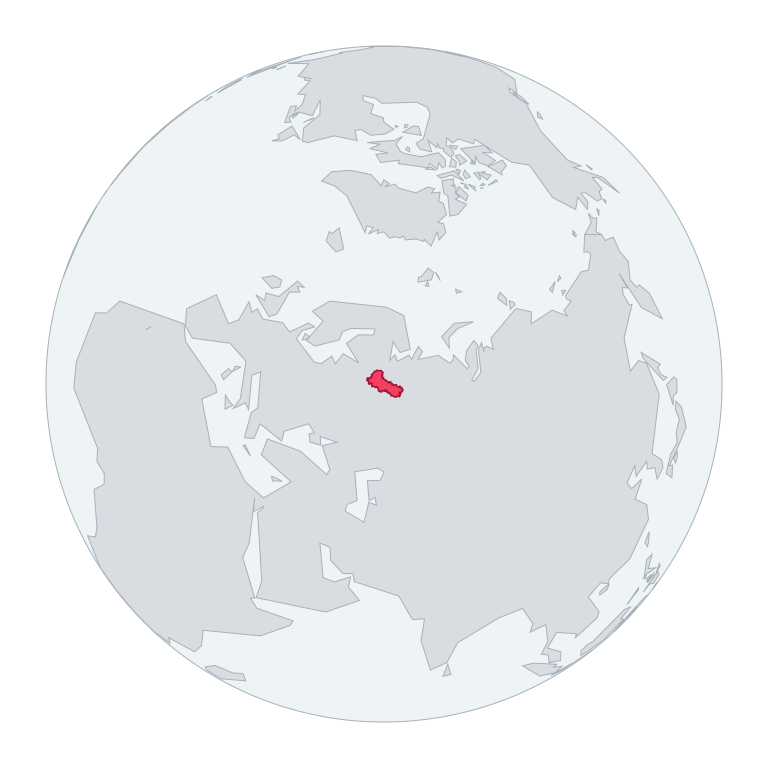 the Earth from above Vologda, rotated 35°
{"feature_id": "RUS-2359", "entity_name": "Vologda", "entity_type": "Region", "adm_level": 1, "iso_a3": "RUS", "parent_name": "Russia", "parent_adm1": "", "projection": "orthographic", "projection_center": [40.382, 60.042], "detail": "fine", "context": "on_globe", "style": "filled", "palette": "rose", "viewbox_px": 768, "rotation_deg": 35, "n_neighbors": 0, "source": "natural_earth", "source_scale": "10m", "svg_char_len": 16062}
<svg xmlns="http://www.w3.org/2000/svg" viewBox="0 0 768 768"><g transform="rotate(35 384 384)"><circle cx="384" cy="384" r="338" fill="#eef3f6" stroke="#a8b0b8"/><path d="M231.7,82.4L263.3,69.3L242.9,77.0L259.2,70.0L259.7,69.8L256.4,71.1L276.4,65.0L293.5,60.3L316.4,59.4L326.0,69.6L316.6,69.8L320.0,72.7L331.9,72.9L339.0,72.4L366.8,86.8L405.5,95.3L420.3,92.4L415.0,97.9L445.0,89.1L467.6,92.6L440.3,92.3L436.2,95.3L450.8,99.1L449.8,103.0L456.2,107.3L453.7,111.8L437.9,111.9L436.0,115.0L446.4,117.6L450.4,124.2L435.4,119.8L440.9,131.1L415.5,134.6L377.4,121.3L361.5,129.1L317.6,131.5L319.8,135.9L304.6,140.4L301.5,147.4L294.2,146.3L298.1,152.9L305.3,152.6L309.4,155.5L308.3,159.8L298.8,159.0L298.0,156.7L294.6,158.8L290.3,156.6L291.8,160.1L280.4,159.0L289.9,166.5L279.3,171.0L272.3,168.6L275.5,160.5L267.0,136.5L260.9,132.5L249.0,134.5L221.4,155.2L213.6,154.7L201.2,159.9L204.3,163.8L215.1,161.1L217.9,170.1L230.8,166.4L233.8,169.7L246.0,169.7L241.4,178.8L230.3,187.9L219.9,188.6L214.7,192.8L222.4,200.0L200.9,209.3L183.1,230.0L177.8,231.8L171.4,220.4L177.0,200.2L168.8,187.6L171.3,205.3L158.1,210.2L154.7,215.3L153.8,220.8L157.7,222.8L152.6,226.8L148.3,210.2L152.8,206.3L154.2,211.4L156.7,202.2L153.7,192.0L147.2,195.8L149.5,178.0L144.9,180.6L142.8,178.6L150.0,175.3L137.1,181.1L138.8,164.7L121.3,176.6L141.5,157.6L150.6,147.4L160.1,136.6L157.3,138.2L173.7,123.0L182.3,114.0L177.0,116.9L203.5,98.3L231.7,82.4ZM144.8,145.3L144.7,145.4L134.4,156.5L133.5,157.2L144.8,145.3ZM78.7,239.2L78.3,239.9L78.1,240.4L78.7,239.2ZM74.2,248.9L74.2,249.0L69.1,261.4L59.5,291.5L59.4,291.1L50.8,328.3L47.1,363.0L46.2,377.1L46.1,377.7L47.7,351.2L51.3,324.9L56.9,299.0L64.6,273.6L74.2,248.9ZM46.1,384.3L46.1,389.8L46.1,390.9L46.1,384.3ZM46.6,402.4L51.3,441.4L58.2,472.5L60.1,480.4L53.6,454.8L49.1,428.7L46.6,402.4ZM117.6,179.1L95.7,211.4L103.7,196.8L103.0,198.6L109.5,189.5L120.0,175.1L128.3,163.9L117.6,179.1ZM117.7,184.8L121.1,179.8L118.4,184.2L117.7,184.8ZM342.3,71.7L332.3,72.6L321.9,71.3L330.3,69.9L342.3,71.7ZM361.9,76.1L356.9,77.3L353.6,73.1L357.5,73.7L361.9,76.1ZM431.2,89.7L423.3,88.4L431.3,88.4L431.2,89.7ZM457.6,107.1L460.1,106.3L462.4,108.9L457.6,107.1ZM247.7,164.8L246.8,167.2L245.0,165.9L247.7,164.8ZM253.8,162.6L252.3,159.4L255.0,157.9L255.9,159.9L253.8,162.6ZM460.6,118.4L463.4,123.1L457.8,118.3L460.6,118.4ZM255.1,166.9L260.0,155.8L264.7,153.3L272.0,159.0L255.1,166.9ZM463.2,125.8L470.2,137.7L476.6,136.8L462.6,146.4L461.3,132.9L453.4,126.9L460.3,128.4L463.2,125.8ZM308.1,150.7L300.3,151.2L307.9,146.9L308.1,150.7ZM311.9,147.3L329.2,130.9L340.1,132.6L332.1,137.6L347.1,137.0L343.9,145.8L334.9,148.1L328.5,145.2L332.2,150.9L311.9,147.3ZM453.7,150.2L453.1,153.2L450.7,150.1L453.7,150.2ZM311.6,156.3L314.1,152.7L323.8,153.9L320.5,161.4L318.4,158.6L311.6,156.3ZM352.6,132.7L359.1,135.1L358.3,142.8L360.8,144.9L344.7,146.2L352.6,132.7ZM315.7,160.5L318.5,165.2L313.0,168.6L309.8,160.0L315.7,160.5ZM327.7,151.1L332.1,152.1L328.5,153.9L327.7,151.1ZM294.8,184.0L297.6,179.3L302.9,179.4L294.8,184.0ZM320.0,166.8L321.9,165.6L324.3,165.2L325.0,169.0L320.0,166.8ZM345.3,151.7L343.6,154.6L351.8,151.6L351.6,157.5L340.9,157.4L345.4,160.0L345.4,161.8L336.7,159.7L345.3,151.7ZM332.9,171.8L319.3,174.2L312.9,182.7L308.0,182.7L319.2,169.1L332.9,171.8ZM335.9,164.8L333.0,169.1L328.4,166.8L327.6,162.5L335.9,164.8ZM355.3,161.7L358.4,152.6L360.6,152.9L355.3,161.7ZM332.0,174.7L335.3,174.1L332.0,175.5L332.0,174.7ZM349.1,166.1L349.9,162.7L352.4,163.2L349.1,166.1ZM341.2,175.8L336.8,176.5L336.1,173.5L341.2,175.8ZM345.6,171.7L348.8,173.2L338.5,172.0L345.5,170.1L345.6,171.7ZM351.4,167.1L353.1,166.3L350.7,168.5L351.4,167.1ZM346.3,187.0L333.5,186.2L332.1,179.4L344.7,181.1L346.3,187.0ZM258.2,697.6L256.0,696.7L228.3,678.3L235.3,674.9L231.5,666.7L207.0,636.6L212.3,626.6L206.1,617.7L193.2,612.1L186.3,600.8L178.6,595.9L132.2,565.2L119.3,542.4L106.8,491.1L116.1,485.0L120.0,467.6L185.7,449.5L197.2,463.1L246.2,481.4L251.8,486.9L243.4,500.8L278.0,534.5L292.3,525.3L326.3,543.7L350.7,546.5L364.0,517.5L324.2,512.3L320.0,495.9L354.0,487.0L389.2,491.2L388.6,485.0L368.6,469.9L379.0,458.7L361.9,463.5L367.2,470.5L356.7,474.0L351.2,467.9L355.1,464.0L345.1,459.8L329.3,480.1L332.9,489.5L305.4,487.7L308.7,503.3L300.4,508.1L291.7,483.6L294.3,475.9L276.0,444.8L270.8,452.6L287.7,482.7L281.4,478.9L274.5,490.5L274.8,478.6L257.8,444.5L234.5,438.9L200.8,456.3L188.0,450.3L179.1,435.5L195.4,407.1L222.1,423.8L228.3,414.7L226.3,394.0L234.6,401.1L237.1,395.0L247.5,400.3L265.6,391.9L276.8,395.5L287.2,377.4L294.3,377.0L286.1,387.6L286.4,397.3L314.4,406.1L320.8,403.4L325.3,391.1L332.5,395.4L333.3,382.5L351.0,381.3L330.0,372.2L334.8,358.4L347.2,350.0L345.0,344.0L324.7,357.8L320.0,364.9L322.0,373.5L305.8,392.5L295.5,392.9L298.1,367.4L283.7,365.4L292.0,347.2L341.8,319.8L360.9,316.6L385.5,340.4L379.2,348.9L367.2,344.3L375.2,361.3L376.1,353.8L382.0,357.6L388.0,346.1L392.5,348.3L390.6,333.7L396.8,335.2L397.9,344.4L412.1,329.4L425.9,329.3L426.9,324.9L424.1,320.3L443.4,323.8L443.4,320.4L437.0,317.9L432.7,309.7L432.6,296.9L439.3,298.8L440.2,303.7L452.2,317.2L453.7,330.4L456.4,329.9L456.8,318.9L442.1,302.4L440.2,294.2L448.1,300.8L445.1,297.8L446.2,294.3L453.6,292.8L445.3,285.1L448.7,246.5L463.3,240.4L470.0,250.2L479.4,227.1L495.2,223.1L489.3,220.7L489.8,208.7L484.9,209.7L482.1,207.6L481.2,178.6L486.2,173.7L479.2,159.6L476.1,158.4L472.0,161.2L462.6,146.4L476.6,136.8L482.8,139.7L487.4,132.1L500.8,140.2L514.0,143.7L526.0,157.7L535.4,159.7L536.1,156.5L549.4,157.4L574.4,170.9L551.1,173.7L513.0,158.6L528.3,165.7L523.9,168.4L528.8,173.7L539.7,178.6L541.5,176.5L554.2,208.5L578.5,232.3L579.0,218.8L587.1,216.4L615.2,234.4L643.5,287.3L654.6,286.7L660.5,292.4L662.2,305.1L653.7,297.1L648.6,302.6L643.5,296.5L643.5,315.0L636.3,307.0L639.8,325.8L646.9,327.6L649.6,313.8L655.8,334.2L668.4,332.1L678.3,343.2L685.6,386.2L680.4,413.9L681.9,419.0L675.4,422.8L673.4,441.2L690.8,447.1L692.6,453.5L686.3,482.1L684.9,478.2L667.9,488.5L669.4,506.4L682.6,502.0L687.2,509.2L679.2,517.6L673.9,511.8L667.8,515.0L666.0,501.0L654.5,488.3L646.1,503.5L643.5,494.9L626.3,488.5L612.4,509.4L592.7,553.7L595.3,576.0L586.1,591.7L561.6,573.1L551.9,553.2L542.3,560.6L517.7,549.2L473.1,562.9L467.4,557.3L458.9,562.7L441.7,559.1L433.4,548.8L422.7,551.1L445.1,577.4L456.7,574.7L467.3,561.1L471.3,570.7L488.0,575.4L467.0,604.3L401.8,632.3L396.8,615.4L354.1,561.7L356.1,555.3L356.0,554.6L355.6,553.2L350.3,563.4L343.4,551.5L364.8,591.7L367.8,607.2L400.9,633.4L397.5,636.1L408.5,640.6L445.5,630.2L445.5,635.6L427.2,661.2L377.1,689.5L384.6,703.1L382.3,712.1L353.0,715.3L357.5,719.2L342.6,718.6L343.0,719.3L337.9,718.8L310.8,713.9L284.1,706.8L258.2,697.6ZM160.4,470.7L158.0,475.6L157.9,475.6L160.4,470.7ZM425.0,510.4L447.0,508.7L439.4,489.7L447.3,487.6L441.8,482.1L438.8,488.3L425.8,472.6L436.1,465.2L434.6,456.2L427.2,456.4L410.4,472.7L428.8,495.0L422.8,503.9L425.0,510.4ZM59.4,292.4L57.8,297.8L59.0,292.9L59.4,292.4ZM102.6,197.6L99.0,203.4L96.4,207.5L98.7,203.5L102.6,197.6ZM78.4,247.0L75.4,254.7L77.5,247.9L78.4,247.0ZM92.8,216.4L80.7,241.2L84.9,229.4L92.9,214.2L88.7,222.9L92.8,216.4ZM114.7,185.6L112.0,189.5L111.2,189.6L114.7,185.6ZM115.7,188.1L116.4,186.8L118.7,184.2L115.7,188.1ZM158.4,211.2L158.6,212.6L156.6,218.4L155.4,216.0L158.4,211.2ZM160.8,243.5L152.5,249.2L157.5,243.2L154.2,240.7L160.8,225.4L175.5,231.9L167.7,231.5L160.8,243.5ZM173.6,207.5L167.8,216.0L173.5,206.5L173.6,207.5ZM240.5,357.6L242.9,364.4L237.2,370.0L223.2,366.8L231.3,358.5L240.5,357.6ZM247.7,372.7L254.2,349.2L263.2,350.7L257.0,353.7L262.3,357.1L253.8,363.0L256.1,388.0L251.2,394.8L227.9,384.4L238.2,383.8L235.2,377.1L247.7,372.7ZM254.9,290.9L257.8,282.0L273.6,296.6L269.0,303.3L254.7,300.2L251.7,290.4L254.9,290.9ZM267.1,179.6L267.2,176.2L269.8,176.3L271.9,179.3L267.1,179.6ZM295.7,181.8L269.4,195.2L268.2,191.8L254.2,204.5L245.6,200.5L254.9,192.3L237.8,199.1L242.8,190.1L231.6,195.9L253.2,178.1L257.0,170.8L256.1,180.4L263.9,184.1L268.4,183.5L284.1,176.6L296.0,163.2L305.7,165.2L309.4,170.2L307.9,173.7L302.1,171.2L304.4,177.7L294.9,176.8L295.7,181.8ZM346.5,234.5L340.3,228.9L343.4,244.1L333.9,242.4L334.8,244.3L326.9,247.0L318.9,253.7L315.0,251.6L313.5,255.1L308.2,257.2L305.0,261.5L296.8,259.3L292.1,264.5L290.9,260.5L285.1,270.1L285.8,262.1L279.0,264.3L281.9,270.9L245.7,251.2L230.0,250.0L216.5,253.6L219.5,240.0L234.0,228.2L253.4,219.8L268.1,223.3L266.7,216.8L273.4,216.7L271.6,221.9L278.3,213.9L283.3,215.2L300.5,209.2L307.0,197.4L313.5,195.1L313.4,200.5L319.9,194.6L324.2,203.2L329.0,201.9L338.0,209.4L335.2,220.8L340.7,218.5L347.8,224.4L346.5,234.5ZM348.6,189.3L347.4,202.8L341.6,208.7L328.4,193.3L323.5,193.3L314.8,184.2L323.3,176.0L325.0,179.3L328.7,180.7L324.5,182.7L330.6,182.1L333.1,186.7L338.5,187.6L336.6,191.7L348.6,189.3ZM260.0,483.5L264.7,486.1L272.4,488.2L268.2,495.8L260.0,483.5ZM247.9,460.5L252.4,461.3L250.2,472.5L245.4,470.0L247.9,460.5ZM256.8,452.4L252.8,460.5L252.1,454.6L256.8,452.4ZM290.5,387.8L295.5,388.0L295.3,391.2L291.7,394.7L290.5,387.8ZM353.5,281.1L350.9,276.5L352.9,275.1L353.7,263.6L360.8,264.2L363.1,271.5L353.5,281.1ZM356.2,522.2L348.2,527.3L344.9,524.1L348.3,523.0L356.2,522.2ZM305.2,513.3L316.0,519.7L304.0,515.3L305.2,513.3ZM361.4,279.9L361.0,274.9L364.8,278.3L361.4,279.9ZM366.1,264.2L370.9,267.1L361.8,263.0L366.1,264.2ZM441.1,706.4L419.8,718.8L403.5,720.1L399.7,718.4L407.0,711.5L425.7,707.5L434.6,702.2L441.1,706.4ZM707.3,482.4L694.2,516.0L688.0,527.1L690.3,521.3L700.3,500.7L707.3,482.2L707.3,482.4ZM689.7,522.3L679.2,533.9L659.2,535.4L666.5,526.9L686.3,514.5L685.2,518.8L691.6,513.2L689.7,522.3ZM712.0,458.3L710.7,467.6L704.2,486.1L700.8,493.4L698.5,489.7L699.9,481.6L702.9,474.8L710.5,430.3L714.0,424.7L712.6,440.6L715.2,439.1L712.0,458.3ZM597.0,577.0L605.4,583.6L599.9,589.6L597.0,577.0ZM710.4,406.5L709.5,425.6L709.3,404.9L710.4,406.5ZM708.4,390.3L710.1,393.7L707.6,394.4L708.4,390.3ZM684.7,425.0L681.7,433.2L680.1,430.4L683.0,418.3L684.7,425.0ZM685.9,352.8L691.5,361.8L693.0,366.3L688.8,364.4L685.9,352.8ZM421.5,281.7L412.4,296.8L410.6,308.8L416.9,317.1L404.0,312.2L406.9,293.7L421.5,281.7ZM444.6,250.5L439.0,243.8L443.9,242.7L445.9,244.1L444.6,250.5ZM439.5,249.3L427.9,248.7L426.4,242.4L435.8,244.1L439.5,249.3ZM394.6,263.9L391.4,268.2L388.3,265.3L394.6,263.9ZM717.3,439.8L717.0,439.6L715.3,450.6L714.2,455.5L714.6,451.1L716.2,437.2L717.2,428.4L720.5,406.0L716.6,435.1L717.2,436.2L719.4,421.7L717.7,434.7L718.1,434.5L717.3,439.8ZM721.6,398.3L721.4,396.3L721.4,390.1L721.7,389.3L721.6,398.3ZM719.0,392.9L716.4,395.2L715.6,405.6L715.8,380.4L718.5,382.4L719.0,392.9ZM714.4,386.0L713.8,395.7L713.4,382.7L714.4,386.0ZM712.8,395.4L711.0,391.6L712.4,386.4L712.8,395.4ZM715.1,382.3L712.5,373.1L714.6,374.7L715.1,382.3ZM706.3,383.6L711.9,378.8L707.3,391.7L699.9,377.1L701.3,369.8L706.3,383.6ZM668.0,281.5L663.7,278.7L662.9,271.3L666.1,275.3L668.0,281.5ZM656.2,245.8L661.2,268.5L664.5,287.4L666.8,284.8L673.6,295.7L666.4,295.5L659.1,276.9L657.8,264.0L651.1,256.0L646.2,243.5L637.2,237.6L632.9,230.6L640.7,232.1L656.2,245.8ZM633.3,235.6L615.8,222.4L617.3,212.0L621.5,212.6L628.9,222.9L627.7,227.7L633.3,235.6ZM612.0,216.3L610.6,220.9L582.0,214.4L576.4,210.6L599.0,209.3L598.9,213.8L605.6,217.4L612.0,216.3ZM456.8,153.5L453.4,153.3L455.9,151.4L456.8,153.5ZM479.4,208.5L476.0,205.4L479.0,203.1L479.4,208.5ZM468.3,195.8L467.2,200.6L465.6,194.7L468.3,195.8ZM465.4,211.5L465.5,202.1L469.4,212.3L465.4,211.5Z" fill="#d9dde1" stroke="#a8b0b8" stroke-width="1"/><path d="M376.7,375.1L376.8,375.4L376.7,375.7L376.8,376.0L376.8,376.5L377.0,376.7L377.1,376.9L377.2,377.0L377.1,377.4L377.3,377.4L377.5,377.3L377.7,377.5L377.6,377.8L377.8,378.1L377.7,378.4L377.8,378.7L378.1,378.8L378.2,378.5L378.4,379.0L378.4,379.4L378.8,379.5L379.0,379.9L379.0,380.0L379.5,380.0L379.6,379.7L379.8,379.6L379.9,379.4L380.1,379.9L380.5,380.2L380.6,380.4L380.6,380.2L380.8,380.1L381.0,380.2L381.9,379.8L382.0,379.9L382.6,380.4L382.8,380.4L383.0,380.2L383.4,380.3L383.5,380.1L383.9,380.1L384.0,379.9L384.0,379.7L384.3,379.8L384.5,380.0L384.8,379.8L385.0,379.8L385.0,379.6L385.1,379.9L385.2,380.0L386.0,380.4L386.4,380.4L386.5,380.3L386.8,380.4L386.8,380.1L387.0,379.6L386.9,379.2L387.3,378.9L387.6,379.0L387.8,379.3L387.9,379.1L388.1,378.9L388.4,378.9L388.5,378.8L388.5,379.0L388.4,379.1L388.5,379.3L389.8,379.6L390.0,379.5L390.3,379.4L390.3,379.2L390.5,379.0L391.0,379.1L391.2,379.3L391.3,379.5L391.4,379.4L391.5,379.6L391.5,379.8L391.7,379.7L392.0,379.3L393.0,379.5L393.0,379.4L393.0,379.0L393.6,378.7L393.7,378.4L393.7,378.0L393.9,377.9L394.0,377.9L394.4,377.7L394.5,377.6L394.8,377.6L394.8,378.1L395.7,378.3L397.9,378.4L398.1,376.7L399.3,376.7L399.4,376.8L399.3,377.4L399.7,377.6L400.9,377.8L400.9,377.7L401.2,377.5L401.2,377.4L401.4,377.3L401.4,377.2L401.7,377.5L402.2,377.6L402.2,378.0L402.3,378.1L402.7,378.1L402.8,378.3L403.1,378.3L403.1,379.1L403.0,379.4L403.2,379.5L403.3,379.8L403.0,380.0L402.8,380.3L402.8,380.5L402.7,381.0L402.8,381.1L402.7,381.3L402.6,381.8L402.3,381.8L401.9,381.9L401.6,381.8L401.4,382.0L401.5,382.2L401.6,382.6L401.6,382.8L401.8,382.8L402.0,382.8L402.3,383.0L402.4,382.9L402.5,383.0L402.7,382.9L402.9,382.9L403.1,382.6L403.5,382.6L403.3,384.2L403.4,384.5L403.5,384.6L403.9,384.7L404.0,384.8L404.1,385.0L404.0,385.5L403.3,385.5L403.1,385.5L401.9,385.6L401.9,386.4L401.9,386.7L401.9,387.3L401.4,387.4L401.3,387.6L401.0,387.6L400.8,388.0L400.8,388.3L400.7,388.4L400.2,388.4L399.9,388.4L399.5,388.4L399.4,388.5L399.3,388.4L399.0,388.4L398.9,388.6L398.2,388.6L398.0,388.9L397.9,388.9L396.1,388.9L395.9,389.0L395.8,388.8L395.5,388.8L395.4,388.5L394.7,388.6L394.4,388.5L394.2,388.5L394.1,388.4L393.9,388.5L393.7,388.8L393.4,388.8L393.5,388.5L393.4,388.4L393.4,388.2L392.9,388.4L393.0,388.6L392.9,388.7L392.3,388.4L392.2,388.3L392.1,388.5L392.0,388.8L391.6,388.9L391.5,389.1L391.4,389.0L391.1,388.7L390.9,388.7L390.9,388.4L390.7,388.2L389.9,388.3L389.8,388.5L389.7,388.5L389.4,388.2L389.4,387.7L389.0,387.6L388.9,387.8L388.9,388.2L388.7,388.4L388.8,388.5L389.1,388.6L389.1,389.1L389.0,389.4L388.7,389.4L388.5,389.6L388.4,389.6L388.1,389.4L388.0,389.6L387.5,389.9L387.4,390.0L386.9,390.4L386.7,390.2L386.4,390.4L386.4,390.5L386.6,390.7L386.6,390.9L386.4,391.0L386.3,391.3L386.6,391.7L386.1,392.2L386.0,392.3L385.7,392.5L384.9,392.6L384.7,392.5L384.3,392.8L383.8,392.8L383.7,392.8L383.3,392.7L383.1,392.5L383.1,392.1L382.9,392.0L382.8,391.8L382.7,391.6L382.3,391.5L382.2,391.2L381.9,391.0L381.6,390.7L381.4,390.9L380.9,390.7L380.5,390.6L380.1,390.4L379.9,390.5L379.6,390.4L379.6,390.5L379.5,390.8L379.8,391.0L379.5,391.3L379.5,391.5L379.3,391.6L379.2,391.5L378.8,391.6L378.7,391.4L378.4,391.4L378.3,391.6L378.2,391.8L376.9,391.6L376.7,391.7L376.5,392.1L376.4,392.3L376.1,392.1L375.8,392.2L375.7,392.8L375.5,393.0L375.3,392.7L375.1,392.4L374.8,392.1L374.2,391.3L374.2,390.9L374.1,390.7L373.9,390.7L373.7,390.9L373.2,390.8L373.0,391.0L373.1,391.3L372.9,391.5L372.8,391.4L372.8,391.6L372.6,391.7L372.5,391.9L372.4,392.1L372.1,392.2L372.1,392.3L372.1,392.5L371.5,392.7L371.4,392.5L371.2,392.6L371.1,392.3L371.3,392.1L371.2,392.0L371.0,391.8L371.0,391.5L370.6,391.3L370.5,391.2L370.0,391.1L369.9,391.0L370.1,390.9L369.8,390.6L369.7,390.7L369.4,390.6L368.8,390.5L368.5,390.7L368.4,390.9L368.2,390.7L368.3,390.5L368.0,390.6L368.0,390.2L368.2,389.9L367.8,390.0L367.7,389.9L367.5,389.7L367.2,389.5L367.3,389.2L367.1,389.2L366.9,389.0L366.9,388.8L367.1,388.8L367.2,388.6L367.5,388.0L367.9,388.0L368.3,388.0L368.5,387.8L369.0,387.8L369.0,387.7L368.8,387.7L369.1,387.4L369.2,387.2L369.0,386.8L368.8,386.7L369.4,386.7L369.2,386.5L369.4,386.4L369.5,385.8L369.7,386.0L369.9,385.8L369.9,385.6L369.4,385.5L369.2,385.4L369.2,384.9L369.2,384.4L369.3,384.3L369.5,384.2L369.4,383.9L368.8,383.7L368.7,383.6L368.4,383.5L368.4,383.4L368.7,383.2L368.6,382.8L368.7,382.1L369.0,381.7L369.1,381.0L369.2,380.2L369.2,379.8L369.1,379.6L369.1,379.4L368.9,379.2L369.2,378.8L369.4,378.7L369.8,378.6L370.1,378.3L370.0,378.1L370.0,377.9L370.4,377.5L370.5,377.3L370.7,377.1L370.4,376.8L373.0,375.6L373.3,374.9L373.5,374.8L374.1,374.9L374.5,374.6L375.0,374.9L375.2,375.0L375.3,375.0L376.7,375.1ZM377.5,378.2L377.4,378.0L377.3,377.9L377.3,378.0L377.5,378.2ZM396.4,388.8L396.4,388.7L396.2,388.5L396.4,388.8Z" fill="#f43f5e" stroke="#9f1239" stroke-width="1.5"/></g></svg>